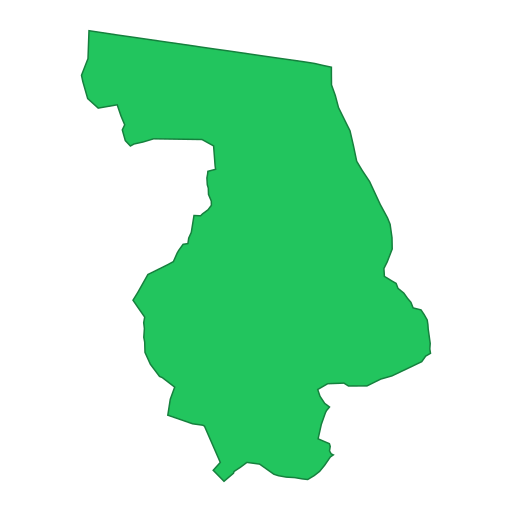 Mashi, Katsina, Nigeria (Albers equal-area conic projection)
{"feature_id": "59680162B19433829654146", "entity_name": "Mashi", "entity_type": "district", "adm_level": 2, "iso_a3": "NGA", "parent_name": "Nigeria", "parent_adm1": "Katsina", "projection": "albers", "projection_center": [7.993, 13.133], "detail": "fine", "context": "isolated", "style": "filled", "palette": "green", "viewbox_px": 512, "rotation_deg": 0, "n_neighbors": 0, "source": "geoboundaries", "source_scale": "gbopen_adm2", "svg_char_len": 1924}
<svg xmlns="http://www.w3.org/2000/svg" viewBox="0 0 512 512"><path d="M133.0,300.2L137.1,306.2L144.7,317.1L143.7,322.7L144.4,328.5L143.8,337.3L144.7,342.1L145.0,352.4L150.4,364.3L159.5,376.4L162.3,377.6L174.7,387.1L170.3,399.2L167.8,415.2L192.6,423.8L202.8,425.2L204.5,426.2L220.3,462.4L213.2,470.3L224.0,481.3L233.5,473.2L234.0,471.5L240.9,466.9L246.9,462.4L259.6,464.1L273.8,474.2L278.4,475.7L286.2,477.1L294.8,477.6L302.3,478.9L307.7,479.5L314.2,475.6L319.6,471.4L324.6,465.3L330.3,457.0L333.3,454.9L331.1,453.8L329.5,450.9L330.2,446.4L329.4,443.7L323.1,441.0L318.1,438.8L321.3,424.4L325.4,412.8L326.5,410.6L329.5,407.0L324.7,403.4L320.0,396.3L317.7,389.5L327.7,383.7L336.0,383.4L343.9,383.1L348.5,386.0L367.0,385.9L380.7,379.1L391.9,375.9L421.7,361.7L425.7,356.1L430.5,353.3L429.8,349.0L430.2,343.5L429.1,335.5L428.2,329.1L427.9,324.7L427.2,320.0L424.2,314.7L421.0,309.9L413.1,307.9L410.9,302.3L407.4,298.2L403.8,293.1L398.0,288.4L396.1,283.4L392.1,281.1L384.4,276.4L383.9,268.5L387.2,261.9L392.2,249.0L392.0,237.7L390.1,224.3L387.5,217.9L380.2,204.4L369.6,181.6L362.1,170.3L356.7,161.3L356.0,158.0L353.5,146.0L350.0,130.8L346.2,123.2L338.5,107.6L335.3,95.5L331.5,84.9L331.4,74.0L331.4,67.2L322.5,65.3L314.8,63.5L309.9,62.7L304.0,61.8L277.2,58.0L261.1,55.7L248.2,53.8L229.0,51.0L215.9,49.2L198.5,46.7L194.9,46.1L192.6,45.8L160.5,41.2L135.8,37.6L116.7,34.9L89.0,30.7L88.6,41.5L88.0,58.6L81.5,75.3L82.8,81.5L87.7,98.6L98.2,108.1L117.2,104.8L121.0,116.0L124.7,124.8L122.3,129.9L125.3,140.6L130.4,146.0L134.0,144.0L143.0,142.0L153.6,138.8L202.0,139.5L213.6,145.9L215.1,165.7L215.6,169.3L207.9,171.3L207.6,174.1L206.9,177.9L207.3,184.8L208.3,188.1L208.5,194.4L211.3,201.1L211.4,205.3L208.0,209.8L202.5,213.9L200.6,215.8L194.0,215.5L191.3,232.4L188.7,238.1L187.9,243.6L183.1,244.3L178.7,250.4L177.2,253.0L173.4,261.6L167.9,264.6L147.9,274.5L137.7,292.6L133.0,300.2Z" fill="#22c55e" stroke="#15803d" stroke-width="1.5"/></svg>